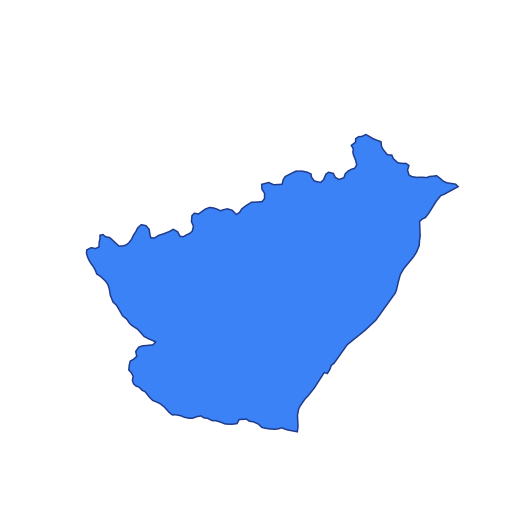 outline of Riolândia, São Paulo, Brazil, rotated 127°
{"feature_id": "56859067B96578254968742", "entity_name": "Riolândia", "entity_type": "district", "adm_level": 2, "iso_a3": "BRA", "parent_name": "Brazil", "parent_adm1": "São Paulo", "projection": "orthographic", "projection_center": [-49.714, -20.05], "detail": "fine", "context": "isolated", "style": "filled", "palette": "blue", "viewbox_px": 512, "rotation_deg": 127, "n_neighbors": 0, "source": "geoboundaries", "source_scale": "gbopen_adm2", "svg_char_len": 2970}
<svg xmlns="http://www.w3.org/2000/svg" viewBox="0 0 512 512"><g transform="rotate(127 256 256)"><path d="M235.2,121.7L201.9,122.5L198.8,123.3L191.2,126.7L183.9,129.6L176.8,130.4L162.0,129.7L156.0,130.2L149.3,132.0L145.5,134.6L141.4,136.8L130.0,146.1L126.7,145.6L123.3,143.8L117.6,143.8L103.9,145.0L96.5,144.8L93.7,143.0L79.0,136.3L78.5,139.8L81.0,144.5L82.7,147.6L83.5,151.6L83.2,156.1L83.2,160.1L85.5,162.4L88.0,165.2L90.7,166.9L93.1,170.7L96.5,175.0L98.7,179.0L99.3,182.5L96.2,186.7L91.7,188.3L91.8,191.9L94.2,195.2L96.2,199.0L95.6,204.9L93.7,208.3L96.1,212.0L94.5,218.3L93.1,221.5L89.5,225.0L90.9,229.4L91.9,233.6L92.3,237.4L92.9,241.4L97.0,243.5L98.9,245.8L102.2,247.0L105.3,245.0L110.3,246.5L111.9,242.7L114.7,241.2L116.9,238.6L119.3,234.4L122.6,230.4L126.6,230.0L129.3,232.0L132.7,233.6L136.7,234.2L140.5,232.9L144.9,235.7L145.5,240.0L143.5,243.9L145.5,248.5L148.6,249.4L154.6,247.9L158.5,248.8L161.0,254.6L159.6,259.2L157.4,261.4L158.3,265.6L160.3,270.0L164.1,275.1L167.8,277.0L175.0,280.5L178.6,280.2L183.0,278.3L188.4,284.6L189.7,290.1L195.4,294.6L199.1,291.4L200.7,287.0L204.9,283.8L208.8,283.8L212.4,287.7L215.7,291.9L221.6,294.2L226.9,295.7L231.1,295.4L234.7,296.7L233.8,302.5L235.5,307.2L238.8,310.0L241.4,311.8L241.9,314.9L243.1,318.6L245.2,322.3L248.8,324.6L253.4,326.1L257.0,327.2L259.0,331.0L262.4,331.4L267.3,328.3L269.9,323.9L274.6,321.8L277.9,322.6L280.8,324.1L284.4,325.7L286.0,328.6L283.8,333.2L284.5,338.2L288.8,340.0L294.1,343.3L298.0,346.1L302.7,347.9L304.8,351.0L302.8,353.5L299.0,357.4L298.0,362.1L300.0,366.5L305.0,367.4L308.9,366.6L313.1,366.4L317.5,365.4L321.8,365.5L324.9,366.1L327.9,368.2L330.6,371.4L329.9,377.9L329.3,383.8L331.2,388.0L331.0,391.1L333.3,393.1L336.1,391.0L339.3,389.6L343.1,386.9L346.5,388.5L348.6,392.7L353.0,394.8L355.9,393.0L358.1,390.0L359.8,387.0L361.5,382.7L362.3,379.8L363.7,376.5L366.2,372.3L365.9,367.9L366.2,364.8L366.7,360.6L368.1,356.8L371.0,352.9L375.2,348.5L378.8,342.4L379.3,337.7L380.7,334.3L382.3,330.6L384.0,326.8L384.3,320.8L385.7,317.0L386.2,313.2L385.7,306.3L387.6,296.9L386.8,292.1L385.9,288.5L385.0,284.5L389.0,284.8L396.3,292.8L399.4,294.8L404.6,294.6L408.0,290.8L412.4,291.7L415.6,293.2L419.5,291.5L423.6,289.0L424.3,285.2L426.0,281.7L429.7,279.9L431.7,276.9L432.1,273.8L431.1,270.4L431.8,266.1L431.1,263.0L432.9,256.0L433.5,251.5L432.4,247.7L431.6,243.5L431.8,238.2L433.2,230.9L433.2,227.1L431.1,224.6L428.8,219.8L427.9,216.2L425.9,211.9L423.7,209.0L419.7,206.4L416.7,203.5L416.7,200.4L414.8,197.0L413.8,191.8L411.7,189.0L410.1,184.6L408.7,179.6L406.9,176.8L404.7,173.8L401.3,170.3L396.7,171.0L394.6,168.5L392.0,165.5L392.0,162.0L389.9,158.0L388.8,152.9L389.4,148.2L388.0,144.9L385.9,141.1L383.2,136.9L380.4,134.0L377.9,132.3L376.1,126.5L371.5,117.2L366.8,119.9L358.3,127.0L352.7,129.8L349.3,130.5L340.9,130.8L336.5,130.3L326.6,130.0L308.0,131.4L306.9,128.3L302.0,128.8L298.0,130.1L294.7,129.1L272.0,129.8L250.2,124.3L235.2,121.7Z" fill="#3b82f6" stroke="#1e3a8a" stroke-width="1.5"/></g></svg>